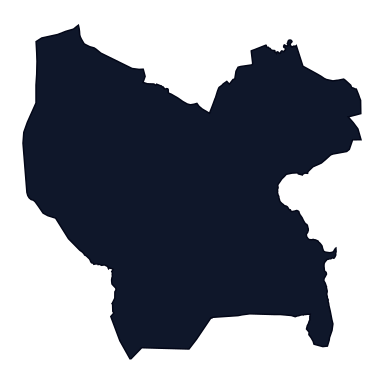 Bagudu, Kebbi, Nigeria
{"feature_id": "59680162B25890229119009", "entity_name": "Bagudu", "entity_type": "district", "adm_level": 2, "iso_a3": "NGA", "parent_name": "Nigeria", "parent_adm1": "Kebbi", "projection": "natural_earth1", "projection_center": [4.112, 11.314], "detail": "fine", "context": "isolated", "style": "filled", "palette": "ink", "viewbox_px": 384, "rotation_deg": 0, "n_neighbors": 0, "source": "geoboundaries", "source_scale": "gbopen_adm2", "svg_char_len": 5857}
<svg xmlns="http://www.w3.org/2000/svg" viewBox="0 0 384 384"><path d="M145.1,76.4L143.2,69.2L139.1,69.4L132.1,68.5L100.8,53.1L96.2,49.3L94.1,47.9L89.7,46.7L85.9,44.8L84.1,43.8L81.4,39.2L80.3,36.9L79.7,34.8L79.5,31.6L79.2,29.0L78.8,26.9L78.4,25.2L76.2,26.9L73.5,29.1L65.9,31.3L57.7,34.5L41.7,38.0L36.1,41.6L36.7,52.5L37.0,61.3L36.7,74.3L36.0,85.0L36.0,103.0L27.4,122.2L23.8,132.3L23.0,143.2L26.9,192.4L27.8,195.6L29.2,197.9L31.1,199.5L33.4,200.2L35.2,201.8L38.1,205.8L43.1,213.1L47.9,215.7L55.6,218.1L68.5,238.7L79.8,250.2L82.4,252.1L83.9,253.7L84.6,255.0L86.1,255.7L87.4,256.9L88.3,257.8L89.3,258.7L90.1,260.0L90.5,261.1L91.2,262.4L91.8,262.9L93.1,263.1L93.8,264.3L95.2,264.0L97.1,263.9L97.8,264.0L98.1,264.6L99.3,264.2L101.5,265.3L104.5,264.9L107.7,266.5L108.2,268.0L108.6,268.8L109.4,267.9L112.7,268.9L113.0,269.8L111.7,271.5L112.4,272.8L112.2,274.9L112.5,276.1L112.0,277.5L111.6,279.8L111.7,281.7L112.0,284.0L113.3,285.5L115.8,288.1L116.0,290.0L114.9,291.8L114.8,298.2L112.5,302.9L112.0,303.6L112.6,304.4L112.8,311.4L113.9,313.0L110.8,316.5L119.9,340.8L130.0,358.8L131.1,358.7L141.7,347.7L189.0,349.0L196.4,339.4L210.9,317.9L211.4,318.1L211.9,318.0L211.9,317.6L212.4,317.5L212.7,317.3L238.2,315.6L242.1,314.8L249.8,313.8L274.0,314.5L280.2,314.5L291.4,315.5L295.2,316.7L297.3,315.9L298.2,315.8L299.7,315.4L300.4,315.1L301.5,314.9L301.9,314.7L303.5,315.0L304.0,314.6L304.5,314.5L305.2,314.5L305.9,314.5L307.3,314.2L308.0,314.3L310.3,314.2L310.2,314.9L309.8,316.8L309.9,317.8L309.8,318.7L309.9,319.8L309.1,321.4L308.4,323.7L307.3,325.7L306.5,329.0L309.1,332.1L308.9,334.7L311.2,337.8L313.2,341.4L314.0,344.2L322.8,346.6L327.4,346.1L329.2,340.1L329.5,337.7L331.6,331.6L332.0,330.5L332.9,323.9L331.8,319.4L330.3,311.5L328.9,305.5L328.6,303.2L327.9,300.8L328.3,300.1L328.0,299.3L327.3,297.8L327.3,296.4L326.7,294.7L326.9,293.9L326.6,293.2L327.1,292.3L327.2,291.0L326.5,288.0L326.4,287.3L326.5,286.6L326.0,285.6L325.6,284.2L324.9,282.5L324.2,281.5L323.8,280.4L324.1,278.4L325.2,276.6L326.5,274.1L326.1,272.3L324.7,271.3L324.3,269.6L324.2,268.2L324.0,266.6L324.0,265.6L324.1,263.6L325.1,261.7L326.3,260.4L326.9,259.6L327.6,259.3L328.4,259.2L329.0,258.9L329.6,258.8L330.5,258.8L331.2,258.6L331.6,258.1L332.5,257.6L333.2,258.2L334.1,258.1L334.3,257.6L334.7,257.3L334.9,256.9L335.6,255.5L335.8,254.8L335.6,253.8L336.1,251.6L335.9,248.1L335.3,248.5L335.0,249.2L334.5,249.8L333.7,251.3L333.1,251.9L332.1,252.3L330.0,252.7L329.3,252.7L328.8,252.6L325.3,252.1L324.4,251.6L323.3,250.9L323.1,249.8L322.5,248.2L322.3,247.1L321.9,245.7L320.2,243.5L319.6,242.9L318.6,242.1L318.1,241.1L315.5,239.9L314.4,239.8L313.2,239.4L311.5,239.8L310.6,239.7L309.7,239.6L308.6,239.3L307.7,238.2L306.9,237.0L306.4,236.1L306.5,235.3L306.3,234.2L307.1,233.1L307.6,232.4L308.3,230.2L308.2,228.6L307.8,227.3L307.5,225.8L307.2,225.1L306.8,224.5L305.4,223.7L304.5,222.4L303.8,221.2L303.1,219.9L302.2,217.9L301.4,216.7L300.9,216.1L300.6,215.4L300.0,214.8L299.6,214.3L299.6,213.8L299.1,213.2L299.1,212.3L298.8,211.6L298.3,211.1L297.5,210.9L297.2,210.6L296.6,210.5L294.6,211.1L291.8,211.6L291.1,211.3L290.3,209.8L289.7,209.9L289.2,209.6L288.5,208.7L287.9,207.6L287.4,206.9L286.4,206.2L284.3,205.6L283.2,204.4L282.5,204.0L281.5,203.1L280.4,202.0L279.8,201.1L279.6,200.2L279.4,199.6L279.2,198.8L278.9,198.1L278.9,196.9L278.4,195.5L278.0,195.1L278.0,194.5L277.5,192.7L277.7,191.0L277.5,190.3L277.6,189.1L278.1,187.9L277.7,184.9L281.9,178.8L284.3,176.5L286.3,174.3L292.1,173.1L297.7,172.8L298.3,173.9L301.5,174.7L302.3,175.0L302.9,174.1L304.8,173.1L307.6,173.3L307.9,171.7L309.6,170.0L312.9,166.8L321.4,163.0L326.1,159.0L330.6,154.9L333.0,154.0L346.7,151.5L349.3,149.4L352.6,139.8L361.0,139.7L357.9,128.9L353.3,122.7L348.2,116.9L360.8,113.6L360.6,100.3L359.4,97.3L358.7,95.1L356.3,89.1L355.6,89.1L352.9,87.9L351.7,87.7L350.7,85.2L345.2,80.2L343.7,79.1L337.8,80.3L337.0,80.3L332.9,80.9L326.4,79.5L324.1,78.4L321.4,76.5L317.3,74.1L302.9,66.2L299.6,56.0L296.4,45.9L296.0,46.6L295.8,46.8L295.5,46.7L295.1,46.6L295.0,46.1L294.6,46.3L294.2,46.2L293.8,46.1L293.5,46.2L293.1,46.4L292.7,46.9L292.4,46.9L292.0,46.7L291.8,47.0L291.6,47.0L291.2,46.8L291.1,46.7L291.0,46.3L290.7,45.7L290.5,45.2L290.3,45.0L290.0,44.6L290.1,44.2L290.4,43.8L291.0,42.6L291.4,42.4L291.7,42.1L291.9,41.8L292.0,41.5L291.6,40.8L290.8,40.1L289.1,40.1L288.2,41.0L288.0,41.4L288.0,42.4L287.5,43.0L287.3,43.4L287.4,43.8L287.5,44.0L287.8,44.2L288.0,44.6L287.9,45.4L287.8,45.7L287.5,45.8L287.3,46.0L287.1,45.9L286.1,45.9L285.3,45.5L285.0,45.2L284.6,45.0L284.3,44.9L283.7,46.0L284.0,46.4L283.7,46.8L283.8,47.2L284.6,47.8L285.1,48.0L285.4,48.3L285.5,48.7L285.6,49.1L285.6,49.5L285.4,49.9L284.9,50.1L284.6,50.7L284.2,51.0L283.9,51.7L283.4,51.7L282.5,51.1L282.2,51.1L281.8,50.9L281.6,51.0L281.1,51.5L280.6,52.3L280.6,53.0L280.5,53.3L280.2,53.4L279.7,53.1L279.2,53.4L278.1,52.1L277.8,51.9L277.3,51.9L276.9,52.2L276.5,53.1L276.3,52.5L276.0,52.3L275.6,52.4L275.3,52.5L275.0,52.5L274.8,52.2L274.7,51.9L274.9,51.0L274.7,50.6L274.2,50.5L273.3,50.5L272.2,50.3L271.3,50.1L270.6,49.2L270.1,48.5L269.7,48.3L269.0,48.1L268.6,47.8L268.4,47.4L268.1,47.2L267.7,47.2L267.0,47.4L266.8,47.3L266.4,46.5L266.3,45.6L266.2,45.3L265.8,45.2L254.4,49.7L251.3,50.8L251.3,51.5L252.6,62.7L252.6,63.7L252.5,64.2L251.8,64.9L240.7,66.5L238.1,67.2L236.0,71.2L234.8,79.0L233.0,79.5L229.4,84.2L229.1,84.0L226.8,81.4L223.1,84.0L222.3,85.0L222.1,85.1L221.7,85.5L219.1,87.4L218.6,88.3L217.5,91.2L215.4,98.0L215.1,98.5L212.8,104.8L209.5,113.3L202.2,109.0L199.0,106.3L196.9,103.4L194.1,104.2L190.4,104.8L187.3,104.0L182.8,101.5L178.0,98.1L171.1,94.1L169.2,93.4L168.3,92.6L168.2,89.6L167.7,88.8L166.5,88.6L165.0,89.2L164.6,89.2L164.2,88.9L164.3,88.3L164.2,88.1L163.6,88.0L163.3,87.6L163.2,87.0L162.8,86.9L162.6,87.2L162.2,87.1L162.1,86.7L161.2,85.8L160.7,85.8L156.6,84.2L155.7,85.4L153.9,84.0L147.4,83.8L143.0,82.4L145.1,76.4Z" fill="#0f172a" stroke="#020617" stroke-width="1.5"/></svg>